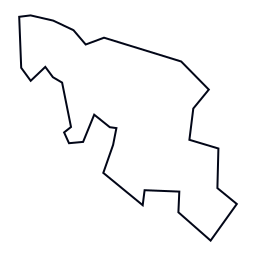 Dustlik, Jizzakh, Uzbekistan (Robinson projection)
{"feature_id": "79887680B47043896675236", "entity_name": "Dustlik", "entity_type": "district", "adm_level": 2, "iso_a3": "UZB", "parent_name": "Uzbekistan", "parent_adm1": "Jizzakh", "projection": "robinson", "projection_center": [68.013, 40.475], "detail": "fine", "context": "isolated", "style": "outline", "palette": "ink", "viewbox_px": 256, "rotation_deg": 0, "n_neighbors": 0, "source": "geoboundaries", "source_scale": "gbopen_adm2", "svg_char_len": 495}
<svg xmlns="http://www.w3.org/2000/svg" viewBox="0 0 256 256"><path d="M218.4,148.5L189.4,139.8L193.3,108.5L208.8,89.6L181.2,61.5L104.0,37.7L85.7,44.5L73.5,30.2L53.2,20.6L30.6,15.4L19.2,16.8L21.2,67.8L30.7,80.8L45.3,66.9L52.9,77.2L62.1,82.6L71.0,127.0L64.1,132.4L69.0,143.2L83.1,141.9L94.2,114.7L109.8,127.2L116.4,128.1L113.1,144.9L103.3,172.9L142.7,205.2L144.6,190.2L179.3,191.6L178.4,212.3L210.6,240.6L236.8,204.0L217.4,188.1L218.4,148.5Z" fill="none" stroke="#020617" stroke-width="2"/></svg>